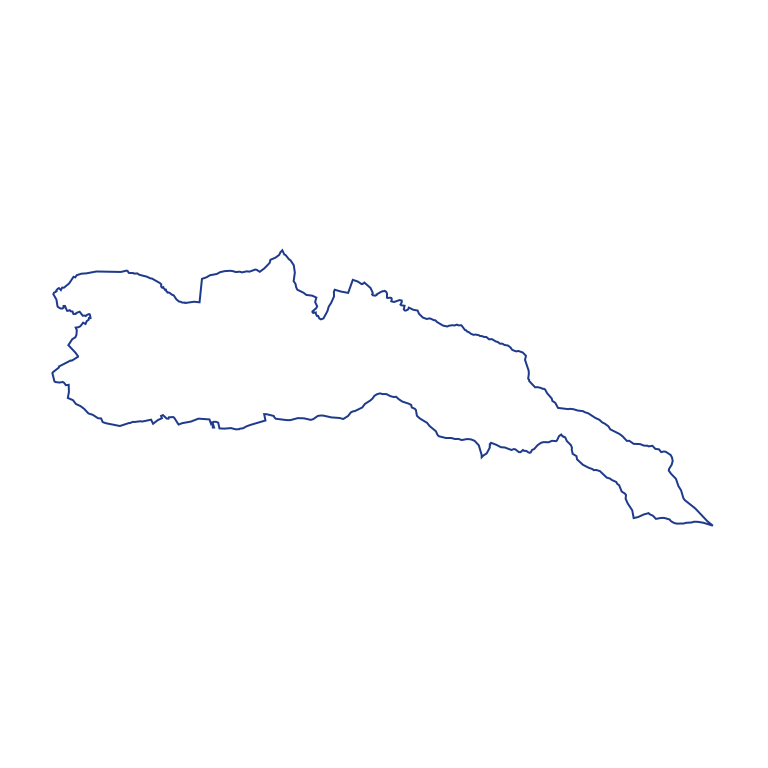 the district of Musetesti, Gorj, Romania, rotated 92°
{"feature_id": "2599482B16090003119204", "entity_name": "Musetesti", "entity_type": "district", "adm_level": 2, "iso_a3": "ROU", "parent_name": "Romania", "parent_adm1": "Gorj", "projection": "albers", "projection_center": [23.469, 45.217], "detail": "fine", "context": "isolated", "style": "outline", "palette": "blue", "viewbox_px": 768, "rotation_deg": 92, "n_neighbors": 0, "source": "geoboundaries", "source_scale": "gbopen_adm2", "svg_char_len": 6139}
<svg xmlns="http://www.w3.org/2000/svg" viewBox="0 0 768 768"><g transform="rotate(92 384 384)"><path d="M432.9,660.6L435.2,646.5L431.9,637.5L431.9,636.5L430.6,633.7L430.7,632.1L429.7,626.1L430.0,624.5L427.8,615.5L431.8,613.4L428.0,608.8L425.9,604.7L423.7,605.7L422.8,603.8L426.1,600.0L426.2,598.2L424.8,597.8L424.4,593.5L425.0,592.5L431.7,587.9L430.2,584.3L428.3,575.7L425.1,568.2L425.5,557.2L429.3,555.7L428.4,555.4L428.3,554.5L433.5,553.5L433.4,552.3L428.6,554.0L427.7,552.9L427.7,550.2L428.5,548.3L434.1,546.9L434.2,542.2L433.4,535.4L434.5,530.5L434.2,527.1L433.7,526.6L433.2,523.4L431.2,520.1L429.6,516.2L424.6,501.2L418.3,502.7L418.3,500.1L419.8,493.0L421.2,492.4L422.5,490.9L423.5,479.8L423.4,476.5L421.1,468.9L421.1,462.8L422.4,455.9L421.6,453.5L418.2,449.0L417.7,446.1L417.7,443.5L419.2,435.5L419.5,427.4L420.4,423.5L417.2,418.8L413.4,416.0L412.3,413.7L412.2,412.4L408.2,404.9L404.6,402.4L401.1,397.3L399.1,395.1L396.1,393.1L394.6,390.9L393.5,387.7L394.1,385.3L394.0,381.3L395.9,377.2L396.7,373.7L396.3,371.5L398.7,368.7L400.9,365.1L402.8,358.6L404.0,356.1L406.5,355.4L407.7,352.3L408.9,351.2L414.6,350.0L417.3,346.8L421.3,339.6L424.4,337.0L429.4,330.5L432.9,328.8L434.3,327.4L435.8,320.3L435.6,314.9L436.5,311.2L436.3,307.7L437.3,304.3L436.1,299.1L436.3,295.2L437.6,291.5L442.0,287.1L451.3,284.0L453.8,283.8L452.1,282.3L449.8,279.0L443.8,276.0L442.7,276.3L441.2,275.7L440.5,276.2L439.0,275.0L440.9,269.5L443.1,264.9L443.2,261.2L445.5,254.3L444.5,252.0L444.7,250.5L447.4,246.8L447.3,245.1L445.1,242.8L445.9,241.7L445.9,239.4L447.3,237.4L447.7,235.8L447.1,234.9L444.7,233.7L443.8,231.7L439.8,228.4L437.4,225.2L436.5,222.6L436.5,217.5L434.9,214.1L435.1,210.1L434.4,209.2L429.9,207.2L428.3,205.1L430.0,203.8L430.1,202.9L430.6,202.7L430.7,201.5L431.3,200.9L434.6,199.3L438.6,195.0L441.4,193.9L443.1,194.1L447.2,193.0L449.4,189.1L452.5,188.5L457.8,182.4L460.7,176.2L461.7,172.8L462.8,171.3L462.5,169.1L463.5,165.2L469.8,158.1L470.6,154.9L472.1,152.7L473.8,148.5L475.8,147.3L476.9,145.5L483.2,142.7L485.1,139.4L486.5,138.3L490.3,138.5L494.8,136.3L501.6,131.5L509.3,129.8L508.1,125.4L505.4,120.0L503.8,115.1L504.8,114.1L506.3,110.6L509.3,107.5L508.2,102.6L508.1,99.1L509.4,93.9L511.1,92.4L512.7,89.4L513.3,86.9L513.0,79.7L512.2,77.4L511.7,72.0L510.8,69.1L510.8,65.5L511.5,60.1L514.1,50.4L510.0,55.9L497.5,68.6L489.6,79.3L487.9,80.7L479.9,83.4L475.7,86.2L468.6,88.9L463.8,93.9L460.6,96.4L458.8,96.1L454.7,93.7L450.8,92.8L447.5,93.6L445.0,95.0L441.9,100.0L441.7,102.0L442.4,104.6L439.7,106.9L439.4,110.5L436.4,113.6L437.1,117.3L436.5,118.5L436.5,122.1L435.1,126.1L435.1,132.4L432.2,136.9L432.4,139.3L427.8,143.9L425.7,147.0L421.4,156.3L418.5,158.2L416.0,161.8L414.8,164.5L412.2,167.6L410.6,171.5L406.2,178.8L405.1,182.6L404.2,184.1L403.7,189.7L402.6,193.7L402.3,197.2L402.7,199.1L401.8,209.3L396.8,212.2L395.1,215.1L392.6,215.9L387.6,220.6L383.9,222.8L383.2,224.1L383.3,225.4L382.5,226.9L381.8,230.3L382.0,232.9L376.0,239.0L374.6,239.2L373.6,240.1L368.8,239.6L365.6,239.9L355.0,243.9L350.9,243.1L347.7,246.4L346.3,250.8L346.8,253.0L345.8,256.1L345.1,257.4L343.1,258.8L341.2,261.5L340.8,265.0L339.6,267.0L339.6,269.6L338.1,271.6L337.6,273.7L335.4,277.7L335.7,280.5L333.5,283.3L333.4,286.2L332.8,287.3L332.6,289.9L331.9,291.0L331.4,294.0L331.7,296.4L330.8,298.8L329.2,301.1L328.7,302.7L327.5,303.8L327.2,305.0L322.6,308.7L322.8,311.7L322.1,313.3L323.0,315.3L322.9,318.0L323.5,321.1L324.3,322.7L323.6,327.0L320.2,333.2L318.6,334.8L318.5,336.2L316.8,340.5L317.5,343.6L316.3,347.4L312.7,351.4L309.4,353.0L308.8,357.3L306.8,361.8L308.8,362.7L309.9,364.9L309.8,365.8L308.7,366.8L305.1,366.2L304.7,369.6L304.1,370.3L301.6,369.1L300.0,369.2L299.6,371.4L301.7,376.8L301.1,379.6L298.8,379.2L297.8,379.7L297.5,380.7L297.9,383.3L297.6,384.1L293.6,384.1L291.8,385.0L290.9,386.5L291.3,387.3L291.3,388.7L292.4,390.8L294.7,394.5L295.2,394.4L296.0,395.6L295.8,398.1L294.9,399.0L294.0,398.4L292.7,398.7L288.5,400.8L283.3,407.2L284.8,408.9L284.9,409.9L282.5,413.8L281.0,418.8L294.2,423.0L293.1,430.3L291.5,436.5L293.7,437.3L298.2,437.0L304.9,439.7L308.5,441.9L313.2,443.1L320.6,446.8L321.6,449.3L320.7,451.0L318.3,452.2L318.3,453.4L315.7,454.8L315.0,454.7L315.2,455.5L314.9,456.2L315.5,457.2L314.5,458.1L313.9,458.0L310.6,454.4L308.7,453.5L304.5,455.7L300.0,454.6L298.2,458.9L297.7,464.7L295.6,467.6L292.8,473.9L290.3,475.2L287.1,475.9L284.4,477.9L275.8,477.0L268.5,478.3L263.7,481.7L262.6,483.4L258.6,486.8L258.0,488.2L253.9,490.3L256.0,492.1L258.7,493.3L261.6,497.0L263.8,501.8L266.7,502.4L268.0,503.4L272.7,507.7L276.2,512.1L274.4,515.1L274.1,516.6L276.4,522.3L276.2,525.1L277.4,529.8L276.8,532.1L277.3,536.2L276.6,538.3L276.2,541.3L276.7,546.8L277.9,551.6L279.9,555.0L281.4,561.8L283.5,565.0L285.3,569.6L308.8,571.2L308.4,576.7L310.0,585.5L309.6,585.9L309.7,588.5L308.9,590.2L308.8,591.6L306.7,594.4L302.7,597.3L302.4,598.6L300.2,601.8L300.2,603.4L299.7,603.5L299.2,604.6L297.4,605.2L297.6,606.1L296.4,606.8L295.8,608.1L294.9,608.1L295.2,609.5L294.3,610.1L292.2,610.1L291.0,611.4L286.7,619.6L286.6,621.0L284.9,625.2L283.4,632.3L282.1,634.4L282.4,637.6L281.9,638.3L281.9,642.9L279.9,644.3L279.7,645.4L281.2,650.8L281.6,675.4L283.8,685.2L284.3,690.2L286.0,694.9L288.2,696.3L287.7,698.0L294.5,702.2L298.9,707.2L298.9,709.0L301.4,710.2L299.5,712.2L300.5,713.6L302.0,714.8L302.8,714.5L304.3,717.0L305.8,717.6L311.1,714.3L317.8,713.0L318.5,712.4L319.7,710.1L319.9,708.4L319.1,707.0L317.2,707.0L317.1,705.6L321.8,703.4L322.0,702.7L321.2,700.6L322.3,699.6L322.4,697.8L324.9,696.8L324.7,694.5L323.7,693.9L322.4,690.7L326.3,687.4L326.0,685.2L326.5,684.4L325.2,683.1L324.4,681.1L324.7,680.5L327.9,679.6L328.4,679.6L328.4,681.2L330.1,681.4L331.4,683.2L334.4,684.4L333.2,686.8L336.9,689.5L337.9,691.4L338.4,694.1L341.0,692.9L345.7,693.1L348.1,694.1L350.1,697.1L356.2,700.8L363.4,693.5L366.9,690.8L367.5,690.8L371.6,696.9L371.4,697.9L377.8,709.4L378.9,709.5L383.8,715.3L384.7,715.8L392.8,713.5L393.5,712.5L393.9,708.4L393.2,705.2L394.0,703.7L396.3,701.9L395.8,699.1L403.0,698.6L409.0,699.5L411.0,694.3L414.8,691.1L416.7,686.5L419.3,682.8L423.7,678.4L425.0,673.9L428.2,668.6L428.3,665.5L431.9,663.8L432.9,660.6Z" fill="none" stroke="#1e3a8a" stroke-width="2"/></g></svg>